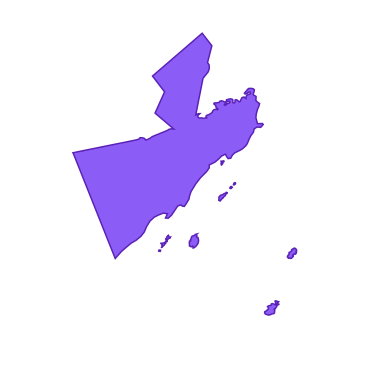 outline of Mersing, Johor, Malaysia, rotated 68°
{"feature_id": "92858781B22606211621135", "entity_name": "Mersing", "entity_type": "district", "adm_level": 2, "iso_a3": "MYS", "parent_name": "Malaysia", "parent_adm1": "Johor", "projection": "equal_earth", "projection_center": [104.05, 2.354], "detail": "fine", "context": "isolated", "style": "filled", "palette": "violet", "viewbox_px": 384, "rotation_deg": 68, "n_neighbors": 0, "source": "geoboundaries", "source_scale": "gbopen_adm2", "svg_char_len": 6061}
<svg xmlns="http://www.w3.org/2000/svg" viewBox="0 0 384 384"><g transform="rotate(68 192 192)"><path d="M69.7,185.2L88.9,179.9L105.0,196.7L126.8,185.3L125.7,187.6L125.2,189.6L125.6,191.2L125.7,193.3L125.7,205.0L125.8,208.2L126.5,210.9L126.6,213.6L126.5,215.4L125.3,215.7L124.1,216.4L123.0,217.9L122.2,219.7L123.0,221.4L123.0,223.2L111.0,287.7L111.8,287.6L224.9,288.1L220.7,279.7L218.5,273.3L216.6,267.4L215.8,261.8L213.9,255.9L211.2,251.2L207.0,247.0L203.3,242.0L201.2,236.6L200.8,232.2L200.8,226.6L202.9,222.9L206.2,226.3L207.4,223.8L205.8,219.6L199.7,210.6L199.7,207.3L201.6,206.1L202.5,204.5L200.4,201.4L197.5,197.5L194.8,195.8L191.2,192.7L185.8,185.4L181.9,178.7L178.6,170.9L176.1,167.0L173.4,165.9L172.9,159.7L171.5,155.2L169.8,151.3L169.4,146.8L172.3,146.6L174.6,146.0L175.2,143.5L172.9,140.7L171.7,137.6L171.3,132.0L170.9,129.2L169.4,125.0L168.0,122.8L163.8,118.6L161.9,116.4L159.6,112.7L156.9,110.8L156.1,107.4L157.8,104.1L156.1,100.7L154.9,101.0L153.2,105.7L147.0,104.9L144.3,103.5L141.8,101.8L139.5,99.9L137.2,97.6L135.3,96.2L134.1,97.1L131.2,98.5L127.4,96.8L124.9,98.7L124.1,98.5L122.0,96.7L120.6,95.9L119.2,96.6L118.1,98.2L117.2,100.9L120.0,106.4L121.0,106.1L121.2,104.1L120.7,102.5L120.8,100.9L121.7,100.6L122.8,101.1L122.7,103.2L122.9,105.2L124.3,106.5L125.4,106.9L123.4,108.2L123.2,110.3L125.1,112.5L126.0,113.3L126.2,114.3L123.4,115.9L122.9,116.6L122.8,117.5L124.0,118.2L124.6,118.3L125.1,118.9L125.1,120.0L124.6,120.6L123.4,120.3L122.0,119.6L121.0,120.0L120.0,121.5L119.7,122.9L119.4,125.4L120.6,126.3L121.4,125.5L121.7,123.6L122.5,123.0L123.4,123.6L123.5,124.5L123.2,125.9L123.7,127.1L124.0,128.8L123.4,129.4L122.8,128.8L122.8,127.5L122.6,126.7L120.0,128.6L119.1,129.6L118.4,130.6L118.3,132.1L119.1,133.6L118.5,135.9L117.8,137.9L118.4,138.7L119.4,138.4L120.5,137.6L122.8,138.0L123.8,137.2L124.9,136.9L125.2,137.5L124.5,138.6L124.1,139.6L124.0,141.1L124.6,142.4L125.7,143.5L126.2,144.9L126.6,147.7L126.4,149.1L126.8,150.5L127.6,150.9L128.7,150.6L128.0,153.8L126.8,155.3L126.5,156.7L126.1,157.7L124.7,158.3L124.0,158.3L123.2,157.7L122.3,155.4L121.7,157.0L122.0,159.7L90.7,139.2L86.8,132.2L84.9,130.4L83.8,129.7L80.6,128.5L77.8,129.1L63.8,118.8L48.6,123.1L69.7,185.2ZM232.8,203.1L232.6,204.7L233.0,204.7L233.1,205.5L233.0,208.5L234.1,209.8L235.3,210.7L235.9,211.5L236.8,211.6L236.7,212.1L236.6,212.7L238.2,213.6L240.1,214.1L240.9,214.6L241.4,214.3L242.3,213.5L242.6,213.0L242.4,211.6L242.8,211.4L244.3,212.0L244.5,211.3L244.0,209.1L242.8,206.9L241.9,205.7L241.2,205.1L239.3,204.0L236.8,203.5L236.2,203.6L235.3,204.7L234.1,203.8L233.1,203.8L232.8,203.1ZM331.2,159.3L331.4,159.1L331.5,158.6L331.2,158.1L330.7,157.7L330.1,156.5L329.3,156.0L329.1,155.6L328.6,155.4L328.4,155.9L328.7,156.3L327.2,157.1L326.9,157.7L325.7,159.1L325.5,159.8L325.5,160.3L326.6,161.1L326.5,162.0L326.3,162.9L326.3,163.9L326.5,164.3L326.4,164.8L326.6,165.0L327.2,164.6L328.2,164.6L329.1,165.2L329.6,165.9L329.6,166.4L329.8,167.4L330.2,168.2L330.3,169.5L331.1,169.9L332.5,169.8L334.2,168.0L334.8,167.0L335.0,166.4L335.1,165.8L335.0,163.7L335.4,161.5L335.0,160.8L334.6,160.6L334.1,160.5L333.4,159.9L332.5,159.6L331.7,160.0L331.2,159.3ZM285.4,117.0L284.5,116.7L283.9,116.9L283.5,117.3L282.8,117.5L282.3,118.2L282.5,118.7L282.4,119.4L282.7,119.7L282.7,120.2L282.6,120.5L282.8,121.0L283.0,121.4L283.6,121.4L284.0,122.1L284.4,123.4L284.4,124.6L284.9,125.0L285.2,124.9L285.9,125.2L286.4,125.8L286.5,126.4L286.8,126.6L287.1,127.3L287.5,127.4L287.6,127.7L288.0,127.9L289.0,127.4L289.4,127.5L289.6,127.3L289.7,127.1L289.6,126.9L289.8,126.1L290.4,125.8L290.7,124.8L290.4,123.9L290.2,123.6L290.2,123.2L289.9,123.0L289.8,122.7L289.6,122.7L289.6,122.2L289.4,122.1L289.0,121.9L288.5,122.2L288.2,122.2L288.0,121.8L287.8,121.3L288.0,121.0L288.0,120.5L287.7,120.2L287.9,119.4L288.3,119.2L288.0,118.8L287.9,118.4L287.2,117.8L286.9,117.7L286.5,118.0L286.1,118.0L286.0,117.7L286.0,117.3L285.7,117.3L285.4,117.0ZM206.0,159.7L205.8,159.6L205.2,160.2L205.2,160.5L205.5,160.9L205.7,161.4L205.5,162.6L205.9,164.7L205.9,165.4L205.7,166.1L205.8,167.0L206.8,168.9L207.0,169.1L207.6,169.1L209.7,170.3L210.5,169.7L210.9,169.1L210.6,168.6L210.1,168.2L209.9,167.5L209.7,167.3L209.4,166.4L209.0,166.2L209.1,165.2L208.4,164.4L208.0,163.5L208.0,163.0L207.7,162.3L206.5,161.2L206.5,160.9L206.5,160.2L206.4,160.0L206.0,160.1L206.0,159.7ZM225.7,228.8L225.5,229.6L225.2,230.1L224.0,230.0L223.2,230.2L224.1,232.1L224.4,232.2L225.2,232.7L225.4,233.7L225.7,233.9L225.9,233.5L226.8,234.1L227.7,234.3L228.1,234.6L228.6,236.7L228.6,237.9L227.7,240.6L228.7,239.5L229.5,239.3L229.7,239.6L229.9,239.6L230.0,239.8L230.2,239.7L230.3,239.9L230.9,239.9L231.4,240.3L231.7,240.8L231.9,241.0L232.0,240.9L231.9,240.8L232.0,240.3L231.7,239.9L231.4,239.9L231.3,239.7L231.3,239.3L231.2,239.2L231.3,238.8L230.9,237.7L230.2,236.8L229.6,235.4L229.1,235.5L228.7,235.1L228.4,234.1L228.4,233.7L228.5,233.5L227.6,233.2L227.4,233.1L227.2,232.6L226.9,232.3L226.4,231.0L226.4,230.5L226.6,229.9L225.7,228.8ZM326.6,153.7L326.5,153.2L326.2,152.7L324.2,155.2L324.2,155.8L324.5,156.0L325.1,156.0L325.5,155.8L325.9,155.8L326.2,156.0L327.0,155.9L327.8,155.0L328.8,154.4L328.9,154.0L328.6,153.5L327.9,154.2L326.9,154.2L326.6,153.7ZM176.5,152.9L176.4,152.6L176.0,151.9L175.9,151.3L175.5,151.2L175.4,151.0L175.4,150.8L175.2,150.8L174.8,151.4L174.9,151.9L174.6,152.6L174.3,153.6L175.1,153.8L175.9,153.5L176.1,153.6L176.5,154.4L177.2,154.4L177.6,154.7L178.0,154.6L177.8,154.0L177.2,152.9L176.8,153.1L176.6,153.1L176.5,152.9ZM200.0,148.8L199.6,148.4L199.4,148.6L199.4,149.0L199.4,149.6L199.8,150.1L200.1,150.3L200.3,150.6L200.7,150.8L201.1,150.6L201.2,149.9L201.0,149.6L200.9,148.9L200.6,148.7L200.4,148.5L200.0,148.8ZM202.7,153.3L201.9,153.0L201.5,153.9L201.5,154.1L201.8,154.5L201.8,154.8L202.0,155.0L202.4,155.2L202.5,155.3L202.6,155.0L203.1,155.0L203.3,154.8L203.4,154.2L202.9,153.7L202.9,153.2L202.7,153.3ZM235.1,244.0L235.2,243.8L235.1,243.6L234.7,243.2L234.2,243.0L234.1,243.6L233.5,244.1L233.5,244.3L233.6,244.6L233.8,244.6L234.1,245.0L234.4,245.0L234.5,244.3L234.9,244.0L235.1,244.0Z" fill="#8b5cf6" stroke="#5b21b6" stroke-width="1.5"/></g></svg>